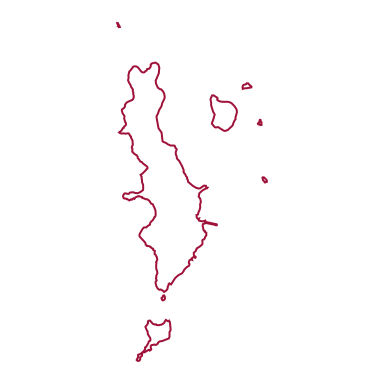 the district of Ko Si Chang, Thailand
{"feature_id": "78962969B51013887966956", "entity_name": "Ko Si Chang", "entity_type": "district", "adm_level": 2, "iso_a3": "THA", "parent_name": "Thailand", "parent_adm1": "", "projection": "orthographic", "projection_center": [100.809, 13.149], "detail": "fine", "context": "isolated", "style": "outline", "palette": "rose", "viewbox_px": 384, "rotation_deg": 0, "n_neighbors": 0, "source": "geoboundaries", "source_scale": "gbopen_adm2", "svg_char_len": 6050}
<svg xmlns="http://www.w3.org/2000/svg" viewBox="0 0 384 384"><path d="M159.3,67.7L158.3,64.5L155.7,62.7L154.0,62.8L151.4,63.7L150.7,64.7L150.8,65.7L150.5,66.9L149.1,68.8L147.2,69.0L146.6,70.5L145.2,71.3L144.8,72.0L144.1,72.4L142.5,72.4L141.3,71.6L137.9,67.3L136.2,66.4L135.0,66.3L133.7,66.5L132.7,67.1L132.4,68.0L129.2,71.8L128.4,75.5L128.6,78.0L128.1,79.9L128.2,80.8L129.6,83.6L130.5,84.9L131.0,86.7L132.9,89.5L132.8,91.2L133.4,92.9L133.2,94.2L133.7,95.3L133.8,97.1L133.0,99.3L132.3,99.9L127.5,102.0L126.0,103.2L125.1,104.7L124.9,106.6L124.1,107.9L121.9,109.5L121.8,110.5L122.6,113.3L124.5,116.1L124.2,118.6L125.1,121.9L125.8,122.8L126.0,124.2L125.6,125.3L123.9,127.0L123.8,127.8L122.9,128.1L121.4,130.7L119.1,132.4L120.1,133.2L121.4,133.5L124.2,133.4L125.3,133.7L128.3,133.3L129.2,134.0L130.0,135.6L131.0,136.6L131.0,137.6L132.5,140.6L132.8,144.8L131.8,147.0L131.8,147.8L132.5,149.0L132.2,150.4L132.3,151.8L133.2,152.4L133.3,153.0L136.0,155.0L136.5,155.1L137.6,156.6L137.8,158.2L138.6,158.9L140.3,161.5L141.9,162.1L142.7,163.2L147.0,166.5L147.5,167.5L147.4,168.6L146.4,169.2L146.0,170.0L142.5,173.5L140.6,174.8L141.7,177.0L141.5,178.3L142.0,179.8L142.0,182.0L143.1,184.8L143.2,188.8L142.9,190.2L140.4,192.0L137.8,193.2L135.2,193.0L133.9,192.4L132.2,192.3L129.9,192.6L128.7,193.9L127.6,193.9L126.0,193.4L124.4,193.5L123.4,195.0L123.0,196.5L123.8,198.3L126.0,198.7L126.5,199.1L127.0,198.9L129.2,200.4L129.5,200.0L131.0,199.8L131.2,199.3L132.0,199.6L133.4,198.3L134.4,198.9L135.4,197.4L138.0,196.2L138.5,196.5L139.0,196.2L142.1,197.1L142.4,198.1L143.6,198.2L145.5,199.2L147.3,199.3L149.3,200.8L151.2,203.7L152.7,204.2L154.5,208.0L155.4,210.3L155.6,212.1L155.6,215.6L155.0,216.9L154.3,217.2L153.8,218.6L152.4,220.6L151.3,221.4L150.1,223.1L150.0,224.6L147.4,226.2L146.4,227.4L144.1,227.4L142.8,228.5L139.8,233.7L139.4,235.4L139.6,236.5L144.8,242.1L145.4,243.0L145.7,244.7L146.6,245.3L146.8,245.9L149.7,246.3L150.0,246.8L151.1,247.3L151.6,248.1L153.1,248.7L153.1,249.8L154.9,251.0L154.6,252.6L154.7,254.2L155.5,254.6L156.1,256.1L156.7,256.7L157.3,259.8L156.2,261.9L156.1,262.3L156.5,262.7L156.2,264.4L156.2,267.9L156.5,269.7L157.0,270.6L157.4,273.2L156.1,276.1L156.4,277.3L155.9,278.5L156.7,280.4L155.6,281.8L155.6,283.3L156.3,286.0L157.7,288.6L159.4,289.8L160.7,289.5L163.0,290.8L164.1,291.9L166.3,290.5L167.4,288.9L167.7,288.0L167.7,286.6L168.5,285.5L168.7,283.8L169.4,283.4L171.1,284.4L175.1,278.1L178.5,275.1L181.9,273.4L183.5,271.4L184.0,270.1L185.3,268.5L186.7,267.2L189.1,265.7L189.5,264.1L188.9,263.2L188.9,261.8L189.6,260.2L190.9,259.5L192.1,259.9L191.7,258.4L193.7,256.9L195.3,257.8L195.7,257.4L195.5,256.6L194.2,256.0L193.8,254.6L193.8,252.8L195.8,250.9L196.3,249.2L196.9,248.8L197.1,248.1L199.3,246.9L202.3,244.4L202.5,243.0L202.3,240.6L202.5,240.1L203.2,239.5L204.0,239.4L204.7,238.5L205.2,236.9L206.3,235.4L206.3,232.6L205.6,232.5L204.8,231.8L204.9,231.0L203.7,230.5L202.6,225.8L203.0,224.1L206.0,223.0L215.2,224.9L216.1,225.4L216.7,225.3L216.9,224.7L216.7,224.3L205.5,221.9L205.2,221.8L205.5,221.2L205.3,220.6L202.9,221.4L199.1,220.7L198.6,219.9L199.1,218.5L197.9,218.8L197.2,218.3L196.6,216.8L196.5,215.0L197.7,214.7L198.0,214.4L198.6,211.9L199.6,209.9L200.2,207.4L200.1,204.2L200.9,201.8L200.2,198.7L198.7,196.6L199.3,193.3L202.5,190.4L206.0,188.4L207.1,188.3L207.5,187.7L206.8,187.6L206.1,187.0L205.9,185.8L204.0,185.6L199.9,188.4L198.6,188.5L196.3,187.9L192.9,185.9L188.1,181.8L187.8,179.8L187.1,178.9L187.1,177.4L185.9,176.0L185.1,173.9L184.2,173.3L183.5,171.7L183.8,171.2L183.4,169.3L181.8,165.6L179.0,160.6L177.8,159.6L176.9,158.4L176.6,156.0L175.9,154.7L175.7,152.3L176.7,149.3L176.3,148.6L175.5,148.0L174.7,145.8L174.1,145.5L170.6,145.5L167.8,144.3L166.3,143.1L162.8,141.6L162.5,140.9L161.6,132.7L158.5,128.2L156.5,117.2L156.7,116.0L158.1,113.2L159.1,110.1L161.5,106.2L162.2,103.2L164.5,98.5L164.7,96.7L164.2,93.9L163.3,91.8L161.3,89.4L160.2,89.2L158.4,88.2L157.4,86.8L156.0,83.6L155.7,80.7L158.8,73.3L159.3,67.7ZM222.4,101.8L219.9,101.4L218.3,100.7L217.3,99.9L217.2,99.3L217.6,98.2L216.7,97.3L213.4,95.3L212.1,95.5L210.7,98.5L210.5,99.7L211.2,102.8L211.1,105.2L213.1,111.7L214.7,114.4L213.1,120.0L212.1,122.5L211.9,123.7L214.7,127.1L215.9,127.5L217.8,127.1L218.3,127.2L223.6,130.6L225.0,131.0L227.8,130.0L232.5,125.6L233.7,122.3L234.7,120.3L235.6,119.2L235.4,117.7L236.9,112.5L236.8,110.7L236.3,108.9L234.3,106.0L231.8,103.4L230.2,102.4L227.6,101.8L222.4,101.8ZM167.8,321.2L165.9,319.9L164.7,321.6L164.4,322.6L163.2,323.7L161.2,324.7L158.5,325.2L156.5,325.0L155.9,324.3L154.8,324.5L152.8,323.8L150.1,320.6L148.4,320.8L148.2,321.1L147.8,322.0L148.1,322.9L147.1,324.8L145.4,326.8L146.9,330.5L147.6,331.4L147.8,334.1L150.2,338.0L150.5,339.9L149.9,341.0L149.1,341.2L148.6,341.9L148.2,343.4L146.1,346.9L145.0,347.5L145.2,348.5L145.0,349.4L143.6,351.3L140.5,353.9L138.1,354.8L138.1,357.3L137.8,357.6L137.7,358.3L136.9,359.2L136.7,360.1L137.9,361.0L139.6,360.5L140.2,359.2L140.2,357.2L141.9,355.9L142.2,353.2L143.1,352.2L144.2,352.4L145.4,351.8L148.5,349.9L149.2,349.9L149.7,350.6L150.9,349.9L151.3,349.2L150.8,348.2L150.7,346.2L151.4,345.2L154.7,344.5L155.2,344.9L156.3,344.8L157.8,343.6L158.0,342.7L158.6,342.2L159.7,341.4L162.3,341.0L168.9,338.4L169.5,336.7L169.5,332.1L170.4,330.6L170.6,329.2L169.9,322.2L169.1,320.7L168.5,321.3L167.8,321.2ZM248.1,83.3L246.6,83.3L246.2,84.2L243.6,84.9L243.0,85.5L242.5,87.3L242.8,88.9L244.1,88.4L246.8,88.2L251.4,87.4L251.5,86.7L250.7,85.8L249.9,85.4L248.1,83.3ZM266.8,181.9L266.8,180.3L265.7,179.1L264.0,177.4L262.8,177.3L262.4,177.8L263.0,179.9L263.2,180.5L264.4,181.5L264.7,182.4L265.5,182.4L265.9,181.9L266.8,181.9ZM164.7,296.3L164.0,295.4L163.2,295.6L162.3,297.6L161.5,298.1L162.0,299.8L162.8,300.4L164.2,299.9L164.8,299.0L165.0,298.1L164.7,296.3ZM260.9,125.1L261.6,124.8L261.3,123.9L261.6,122.5L260.8,121.7L260.6,120.0L260.0,119.8L259.6,120.3L259.2,122.7L258.0,123.3L257.9,123.9L258.6,124.4L260.9,125.1ZM119.3,25.6L118.7,24.9L117.9,23.1L117.2,23.0L117.4,23.9L118.3,25.1L118.0,25.9L118.5,25.9L118.5,26.6L118.8,27.1L119.8,27.0L119.3,25.6Z" fill="none" stroke="#9f1239" stroke-width="2"/></svg>